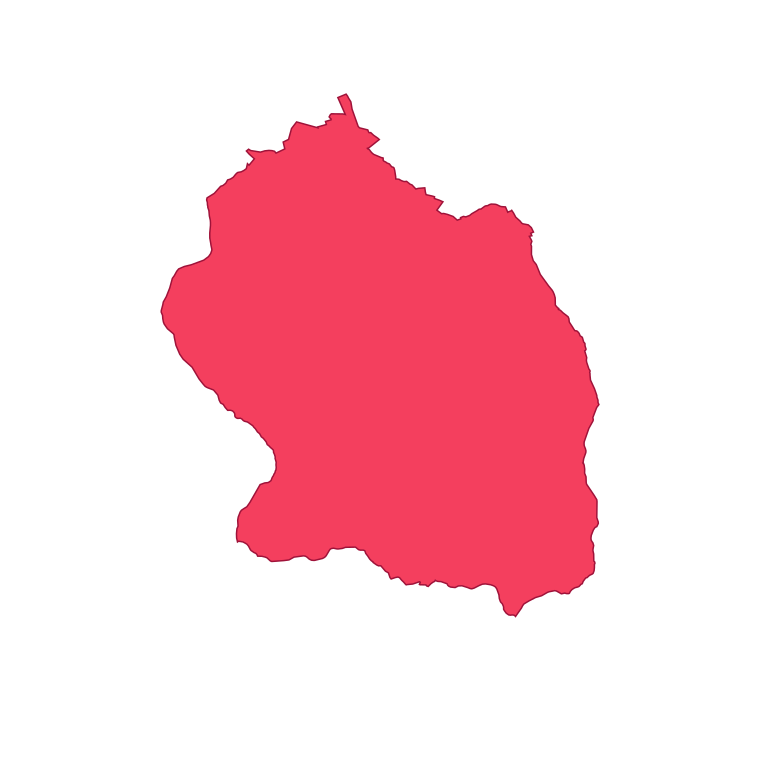 Auseu, Bihor, Romania, rotated 151°
{"feature_id": "2599482B68618981696500", "entity_name": "Auseu", "entity_type": "district", "adm_level": 2, "iso_a3": "ROU", "parent_name": "Romania", "parent_adm1": "Bihor", "projection": "mercator", "projection_center": [22.51, 47.062], "detail": "fine", "context": "isolated", "style": "filled", "palette": "rose", "viewbox_px": 768, "rotation_deg": 151, "n_neighbors": 0, "source": "geoboundaries", "source_scale": "gbopen_adm2", "svg_char_len": 6171}
<svg xmlns="http://www.w3.org/2000/svg" viewBox="0 0 768 768"><g transform="rotate(151 384 384)"><path d="M501.7,583.6L507.8,584.2L510.6,583.1L514.9,580.4L517.9,579.0L524.8,571.9L532.1,565.9L537.3,562.7L539.0,560.6L543.2,556.2L544.0,554.9L544.4,551.4L545.8,548.4L546.9,545.1L547.2,542.9L546.6,537.3L543.9,530.2L543.8,528.9L544.8,526.4L547.2,518.7L548.2,509.1L547.6,503.0L543.7,491.7L543.3,478.0L542.2,471.4L541.6,468.7L541.0,467.6L540.2,466.4L536.0,461.4L534.7,454.8L536.0,449.8L536.1,446.6L534.5,444.1L534.3,440.5L533.5,436.8L531.1,435.5L529.5,433.9L528.9,431.7L529.1,430.0L530.0,428.3L530.1,427.2L529.5,425.8L528.6,424.8L526.2,423.7L525.2,422.1L524.9,420.6L524.2,419.2L521.8,416.9L519.0,411.1L518.8,409.3L518.2,407.2L517.9,403.4L516.9,400.9L516.9,397.3L515.9,395.0L515.1,390.5L515.5,387.6L514.7,385.9L514.1,383.6L512.9,380.3L513.0,379.3L513.8,377.6L513.9,375.8L514.5,372.9L515.3,371.8L516.2,367.9L517.7,365.6L518.7,363.3L520.2,361.2L521.0,360.8L522.5,359.2L523.8,358.6L525.1,357.5L527.0,356.5L529.6,354.3L531.6,354.0L533.2,354.0L536.3,355.3L541.1,356.1L558.6,345.5L563.5,343.1L566.4,343.0L569.9,342.7L571.8,341.8L576.0,338.3L578.0,335.8L580.6,330.4L582.8,328.7L585.6,324.6L587.6,320.7L588.7,316.9L587.5,317.0L586.0,315.9L583.9,314.2L582.2,311.5L581.5,310.2L581.1,307.9L581.2,303.9L581.0,302.8L579.4,299.6L578.2,298.0L577.8,296.6L578.0,294.7L574.3,292.5L571.8,290.2L570.6,288.7L569.3,284.7L568.6,283.5L567.8,283.0L557.2,278.1L552.4,276.2L546.6,276.2L537.7,272.7L536.2,271.5L535.3,270.0L534.3,267.1L532.9,265.1L531.2,263.9L530.3,263.4L522.3,261.2L519.9,261.2L517.9,261.8L512.3,265.1L511.2,265.6L509.8,265.6L507.8,264.9L505.4,262.8L504.2,262.0L500.2,260.4L496.8,259.8L488.3,255.3L487.9,254.9L486.6,251.5L485.3,250.2L482.6,248.7L481.7,247.6L481.7,246.9L482.1,244.7L481.6,241.3L481.4,238.0L480.7,235.3L479.8,233.9L480.1,233.3L478.1,229.2L476.9,227.6L474.9,226.6L473.5,219.6L471.7,216.7L472.6,211.9L472.3,210.0L467.8,209.2L465.4,208.4L464.3,207.1L463.7,203.9L462.9,201.3L462.4,198.9L462.0,197.6L460.9,197.3L455.8,195.1L449.2,193.9L448.6,193.7L448.6,192.7L450.2,191.7L449.9,191.0L444.8,188.0L444.6,186.7L443.5,185.5L439.7,186.6L437.1,186.9L435.4,186.8L434.3,187.5L433.6,186.3L432.7,185.3L429.9,183.5L425.7,178.7L425.8,177.0L425.4,175.8L424.2,174.1L420.5,171.5L416.8,171.3L413.6,169.7L409.6,165.5L407.8,163.3L406.5,162.3L404.1,161.8L398.4,161.6L394.9,161.2L392.1,159.9L387.9,156.6L386.0,154.4L384.9,152.4L384.7,150.1L385.7,143.9L387.2,140.3L387.7,137.2L387.6,136.3L387.1,134.6L387.3,131.9L387.7,130.6L388.6,129.0L388.6,127.4L388.2,124.3L386.9,121.6L385.6,120.6L383.7,119.8L382.4,118.8L382.0,118.3L381.7,116.9L372.4,121.4L370.2,122.9L368.2,123.8L362.2,124.0L355.1,123.8L348.8,122.4L342.2,122.5L340.6,122.3L334.9,120.5L333.6,119.4L331.6,116.2L330.9,114.9L330.4,114.4L327.3,113.5L326.1,112.3L324.5,111.3L323.8,111.1L323.3,111.1L321.5,112.3L319.2,113.1L316.0,113.3L312.9,112.5L311.5,112.4L308.8,113.3L307.4,113.2L305.5,114.8L301.8,116.5L301.2,116.5L300.4,116.2L297.1,117.0L293.9,116.8L292.9,117.0L290.8,118.8L289.1,121.2L287.4,124.2L286.6,124.7L286.2,125.5L286.0,126.4L286.3,127.5L283.0,133.7L282.1,136.8L281.3,138.2L278.9,141.1L278.3,143.8L278.5,145.5L278.5,147.0L277.7,148.9L276.1,151.1L271.7,154.8L269.0,156.2L267.0,156.1L264.2,158.1L263.5,159.5L262.7,163.9L254.7,177.9L254.0,179.6L254.2,184.7L255.4,198.2L254.9,199.8L252.3,204.9L251.8,208.7L249.7,212.3L248.2,216.2L248.3,218.0L248.0,217.8L247.8,219.0L245.5,221.9L240.8,226.1L239.8,227.6L239.2,229.8L239.0,231.6L238.7,233.2L237.8,235.1L236.9,236.4L226.3,245.9L219.1,250.4L218.3,251.3L217.6,253.4L209.4,260.3L206.0,261.8L205.8,264.0L204.7,266.1L204.2,269.2L203.4,270.9L202.2,277.8L201.5,287.3L199.7,291.5L198.7,293.4L198.5,294.4L197.7,295.1L197.3,296.0L197.5,297.8L196.2,304.8L195.4,306.8L193.9,308.8L192.4,315.7L191.2,315.9L190.4,316.5L189.7,319.8L188.6,322.1L189.0,323.9L187.9,328.7L189.1,331.1L188.8,333.4L188.9,334.9L189.6,336.9L191.2,338.1L191.4,340.0L191.5,342.6L191.9,348.1L191.7,348.9L190.6,351.5L190.4,353.6L192.9,359.4L194.0,363.0L195.3,364.6L194.5,365.3L195.2,366.5L195.9,369.9L192.5,376.4L191.7,379.7L191.4,382.8L191.5,384.7L192.5,390.1L194.2,404.0L192.9,414.7L193.7,419.4L192.3,425.7L188.2,433.0L187.9,435.0L185.5,437.1L185.3,439.1L185.3,442.7L182.8,442.0L182.6,444.7L179.6,444.4L179.3,449.3L180.4,452.6L180.7,453.3L184.9,456.8L185.6,458.0L186.0,460.6L187.9,466.0L187.8,470.5L188.1,474.0L189.1,473.8L191.2,474.2L192.5,474.2L191.9,480.0L195.4,482.3L196.3,483.2L198.5,486.3L199.6,487.3L203.0,489.4L204.9,489.8L206.6,489.7L208.8,490.5L209.8,490.6L214.3,490.0L215.4,490.5L216.8,490.8L217.8,490.5L224.6,490.4L227.4,489.9L231.4,490.5L233.3,492.1L236.4,492.4L236.7,491.2L240.5,491.8L242.3,497.0L246.3,501.6L249.1,504.2L251.1,505.1L253.5,510.4L244.1,514.8L246.7,518.2L250.0,521.8L249.0,523.3L250.9,525.2L255.4,529.2L254.8,531.7L253.2,535.8L259.2,538.5L261.6,539.1L263.0,544.6L264.3,546.1L266.0,550.3L267.7,551.0L268.7,551.7L270.3,553.6L271.6,555.8L274.3,557.6L273.2,559.8L271.0,565.9L270.5,568.2L270.8,569.0L272.0,570.3L272.6,573.9L274.2,575.8L274.8,577.2L276.0,578.9L276.3,579.9L275.2,582.1L276.7,583.5L281.6,589.7L282.2,591.1L282.7,592.7L283.2,595.9L283.9,597.5L284.3,597.7L284.3,598.2L282.7,597.9L269.6,600.1L270.1,601.7L272.5,606.6L273.7,610.3L275.2,611.0L275.3,612.0L275.0,614.1L281.3,620.0L281.7,621.9L278.7,639.8L276.2,646.8L276.4,651.2L276.3,653.4L276.6,655.9L285.5,656.9L287.2,638.5L289.0,640.1L299.0,645.8L300.3,645.6L302.5,644.2L302.4,643.4L301.8,641.4L302.3,640.7L307.9,642.0L308.6,638.9L317.4,641.0L317.6,640.1L333.4,655.6L341.0,652.3L348.9,644.2L354.9,644.5L356.8,637.7L366.5,638.3L366.9,640.6L368.8,642.4L371.4,644.1L375.2,645.7L379.6,646.7L387.4,652.8L388.6,655.0L391.4,654.5L390.5,650.5L388.2,643.8L396.0,640.8L396.6,642.9L400.0,639.1L402.9,638.7L406.0,638.8L409.3,639.9L410.5,639.8L412.2,639.3L415.6,637.9L419.0,637.7L421.8,638.3L425.1,636.3L428.5,635.7L431.1,636.1L440.0,633.0L448.5,632.6L449.9,631.0L450.5,628.4L451.6,626.2L452.0,624.7L452.5,623.8L453.1,620.5L455.3,615.6L456.5,611.5L457.4,609.5L458.9,606.8L463.2,600.5L465.6,596.1L467.4,590.9L468.0,589.4L469.3,585.2L469.9,584.3L472.4,582.1L475.7,580.5L481.7,579.7L495.1,581.8L501.7,583.6Z" fill="#f43f5e" stroke="#9f1239" stroke-width="1.5"/></g></svg>